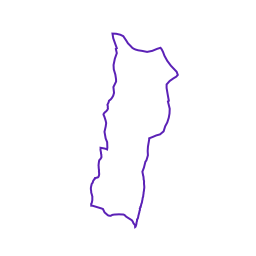 outline of Koubia, Mali, Guinea, rotated 151°
{"feature_id": "49546643B77076064318361", "entity_name": "Koubia", "entity_type": "district", "adm_level": 2, "iso_a3": "GIN", "parent_name": "Guinea", "parent_adm1": "Mali", "projection": "equal_earth", "projection_center": [-11.645, 11.768], "detail": "fine", "context": "isolated", "style": "outline", "palette": "violet", "viewbox_px": 256, "rotation_deg": 151, "n_neighbors": 0, "source": "geoboundaries", "source_scale": "gbopen_adm2", "svg_char_len": 3305}
<svg xmlns="http://www.w3.org/2000/svg" viewBox="0 0 256 256"><g transform="rotate(151 128 128)"><path d="M197.8,77.9L196.6,77.1L190.2,70.5L189.2,69.3L189.4,65.5L187.9,61.4L187.1,60.5L185.7,59.6L183.8,59.6L181.9,58.9L178.6,57.3L177.6,56.8L173.9,54.5L173.2,53.5L172.6,51.4L171.8,49.9L171.3,49.0L169.4,45.5L169.2,43.9L169.4,42.0L168.9,39.2L169.7,38.2L169.8,37.9L169.3,38.0L168.8,38.4L168.5,38.7L168.0,39.1L167.8,39.4L167.6,39.6L167.2,40.0L166.8,40.5L166.6,40.9L166.2,41.4L165.7,41.8L165.2,42.4L164.8,42.9L164.4,43.7L163.9,43.8L163.4,44.0L162.9,44.5L162.0,45.5L161.8,45.8L161.6,46.1L160.9,46.8L160.4,47.3L159.7,48.1L159.4,48.4L158.9,48.9L158.3,49.7L158.1,49.9L157.3,50.5L156.9,51.3L156.7,51.9L156.4,52.0L156.1,52.2L155.8,52.5L155.4,53.0L155.1,52.9L154.8,53.4L154.3,53.7L154.1,54.1L153.8,54.4L153.4,54.8L153.0,55.3L152.6,55.5L152.1,56.0L151.7,56.4L151.1,57.2L150.7,57.7L150.4,58.0L150.1,58.3L149.6,59.0L149.0,59.8L148.4,60.3L147.9,60.8L147.3,61.7L146.7,62.5L146.2,63.1L145.5,64.2L144.7,65.1L144.2,65.8L143.6,66.7L142.8,67.7L142.1,69.0L141.7,69.9L141.2,71.1L140.8,71.9L140.4,72.6L139.9,73.4L139.5,74.4L139.2,75.6L138.8,76.3L138.4,77.2L138.0,78.2L137.8,79.2L137.5,80.0L137.2,81.0L136.9,81.9L136.6,82.8L133.3,85.6L129.1,90.1L127.7,90.7L125.8,92.5L123.8,94.5L121.9,98.4L119.6,102.0L114.8,108.0L114.5,108.7L110.7,108.2L106.8,107.8L103.1,106.9L98.5,107.8L94.6,111.5L91.0,113.8L87.4,117.2L84.7,120.5L82.2,124.6L80.2,131.9L79.1,132.0L77.1,137.9L74.8,144.4L73.1,147.4L68.8,148.9L64.1,149.4L60.9,149.5L58.7,150.3L58.2,153.6L60.3,161.7L61.1,167.7L61.1,173.5L60.5,177.5L60.4,180.5L60.7,182.4L64.1,183.1L69.4,183.7L74.4,185.3L78.4,188.7L81.4,191.0L83.4,193.0L84.6,194.6L85.4,196.1L85.9,198.2L87.0,202.1L87.1,204.5L87.6,210.6L89.5,213.3L92.7,216.2L95.8,218.1L96.6,215.9L97.4,213.6L98.4,207.6L99.0,203.8L99.1,203.2L100.3,203.1L101.5,198.9L105.9,195.0L110.1,190.1L112.0,186.2L113.2,180.8L114.8,176.5L115.9,174.4L120.9,170.9L123.2,165.5L125.3,163.4L127.3,162.2L129.2,161.4L130.7,161.2L131.5,161.0L132.0,160.4L132.5,159.9L134.8,158.2L135.0,157.0L135.1,156.8L135.6,156.0L135.8,155.6L136.2,154.6L137.2,153.9L137.7,153.7L138.2,153.5L138.9,153.2L139.5,153.1L140.0,153.1L140.8,152.8L141.3,152.7L141.8,152.5L142.4,152.1L142.8,151.9L142.9,151.4L143.1,150.7L143.1,149.8L143.2,149.2L144.0,145.2L144.7,142.9L146.8,140.1L150.4,136.1L152.6,129.7L153.1,125.7L155.6,120.8L156.7,119.4L157.5,120.5L158.8,121.7L161.6,124.0L162.0,123.2L162.4,122.7L162.6,122.3L163.0,121.3L163.2,120.6L163.5,119.7L163.8,119.1L164.1,118.5L164.2,117.7L164.7,116.8L164.9,116.3L165.0,116.0L165.3,115.6L165.6,115.1L166.2,114.8L166.5,114.6L167.3,114.2L168.4,113.9L168.9,113.6L169.5,112.9L170.2,112.0L170.7,111.3L171.4,110.3L171.9,109.6L172.2,108.8L172.7,107.9L173.0,107.1L173.4,106.4L173.7,105.3L174.4,104.3L174.7,103.5L175.2,102.5L175.5,101.7L176.0,101.1L176.6,100.3L177.0,100.1L177.6,99.6L178.4,99.4L179.0,99.6L179.6,99.8L180.3,99.9L181.1,100.2L181.4,99.7L182.1,99.7L182.5,99.4L182.8,99.2L183.2,99.1L183.6,98.9L184.1,98.6L184.6,98.2L184.9,97.8L185.4,97.3L186.2,97.0L187.1,96.5L187.6,95.8L188.3,95.1L189.2,94.0L189.7,93.3L190.3,92.1L190.8,90.7L191.5,89.3L191.7,88.3L191.9,87.3L192.3,85.9L192.5,85.1L193.1,84.2L193.6,83.2L194.2,82.2L194.6,81.7L195.3,80.9L195.9,80.2L196.8,79.5L197.1,79.4L197.5,78.3L197.8,77.9Z" fill="none" stroke="#5b21b6" stroke-width="2"/></g></svg>